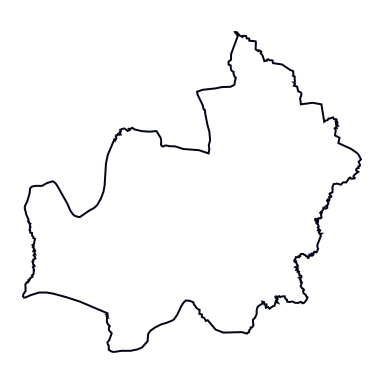 outline of Sakhrai, Nong Khai, Thailand
{"feature_id": "78962969B97466858782755", "entity_name": "Sakhrai", "entity_type": "district", "adm_level": 2, "iso_a3": "THA", "parent_name": "Thailand", "parent_adm1": "Nong Khai", "projection": "robinson", "projection_center": [102.714, 17.678], "detail": "fine", "context": "isolated", "style": "outline", "palette": "ink", "viewbox_px": 384, "rotation_deg": 0, "n_neighbors": 0, "source": "geoboundaries", "source_scale": "gbopen_adm2", "svg_char_len": 5970}
<svg xmlns="http://www.w3.org/2000/svg" viewBox="0 0 384 384"><path d="M246.9,333.6L247.5,332.8L249.1,332.2L249.1,330.5L250.4,329.3L250.6,327.5L251.9,327.5L253.4,325.5L252.9,320.5L253.2,319.4L254.9,318.0L256.7,314.0L256.6,310.9L257.3,307.7L258.5,306.0L262.3,303.7L262.3,301.6L264.1,302.1L264.5,304.6L266.5,304.4L266.6,305.1L265.6,306.8L265.9,307.8L268.3,307.1L269.5,308.7L272.7,306.3L274.5,305.9L275.6,301.9L277.8,302.7L276.2,300.4L277.6,299.6L277.7,299.0L277.1,298.3L275.7,298.1L275.3,297.0L275.8,296.4L278.1,296.8L279.2,296.2L280.1,297.1L281.5,296.5L284.7,296.3L285.1,298.0L286.2,299.6L286.9,299.7L287.2,301.7L289.4,302.0L292.7,301.5L295.0,302.8L298.4,302.9L300.5,301.9L301.7,302.3L302.3,303.3L303.2,303.1L304.4,302.6L306.5,299.8L307.5,297.3L306.3,296.4L305.9,295.1L303.6,293.2L303.1,291.6L303.3,290.4L304.0,289.9L303.3,288.9L301.8,288.0L300.7,286.1L301.9,282.5L300.8,282.2L301.0,280.7L300.0,279.7L300.8,278.2L299.3,277.7L300.3,277.1L301.4,277.2L301.5,276.3L301.0,275.7L299.4,275.3L299.3,273.5L298.5,272.7L298.9,271.8L297.6,271.6L298.1,270.5L297.9,269.9L296.2,269.9L296.5,268.9L297.6,268.0L295.4,267.1L297.9,265.7L296.4,263.3L296.1,261.5L295.0,262.0L294.2,261.1L294.5,259.9L295.1,259.8L295.9,257.1L297.8,257.3L298.4,256.5L299.2,256.9L299.3,255.8L300.3,255.9L300.4,254.5L301.3,253.9L303.2,254.0L304.5,255.0L305.3,255.0L306.2,256.3L307.7,256.4L307.7,257.8L308.2,258.0L308.7,257.7L308.8,256.8L309.6,256.0L309.4,254.8L311.9,255.8L312.2,255.2L311.5,253.6L312.1,253.5L313.4,254.5L313.9,252.0L315.0,251.8L316.1,252.4L316.8,252.0L318.1,248.6L317.5,247.5L317.3,245.1L320.8,236.1L320.3,234.5L321.4,233.7L319.5,233.6L318.8,232.2L319.6,231.2L317.9,230.3L318.2,229.8L319.6,229.8L317.8,227.6L318.7,226.6L318.1,224.7L316.7,223.4L318.0,222.5L318.1,220.3L316.8,220.7L317.0,222.0L316.3,222.0L315.2,220.2L315.2,219.0L315.7,218.8L316.7,219.4L318.9,218.0L320.0,218.5L321.5,217.7L321.0,214.3L321.6,213.2L320.4,213.2L320.2,212.7L323.1,209.9L323.5,207.8L325.8,208.7L327.3,207.8L327.2,206.6L325.9,206.3L328.3,204.1L328.2,202.7L327.0,200.6L327.8,199.5L329.1,200.5L329.5,199.5L329.2,197.1L330.8,197.1L331.3,196.6L331.0,195.7L329.9,195.0L329.5,193.9L330.1,193.2L332.4,192.4L332.7,188.5L332.3,187.7L333.5,184.2L337.0,183.6L340.9,184.7L343.3,182.3L346.2,182.4L349.5,177.7L350.3,177.7L351.2,178.7L354.4,178.5L354.7,177.8L353.7,177.1L353.5,176.2L354.6,174.6L358.3,171.9L356.2,170.5L356.0,169.8L356.7,168.5L358.6,168.0L358.3,166.5L359.7,166.0L360.0,164.9L358.6,161.8L361.0,159.4L358.3,154.3L356.1,152.3L350.7,148.7L338.4,143.1L339.5,137.7L335.0,135.5L335.8,129.9L334.7,128.3L336.0,127.4L336.7,127.7L336.2,124.9L337.7,125.4L337.1,124.2L336.0,123.5L336.0,122.9L337.4,122.5L336.9,121.5L335.9,121.1L336.6,120.4L336.5,119.4L333.9,119.0L333.1,117.4L329.7,118.6L328.5,118.5L327.6,120.1L325.4,120.7L324.2,121.7L321.4,104.3L312.6,102.8L301.0,104.3L300.1,98.5L301.4,94.7L301.3,93.3L300.5,92.2L298.2,91.4L297.1,86.6L293.9,85.8L295.1,83.8L293.8,82.5L294.6,82.5L295.0,80.6L294.6,79.3L294.7,76.6L292.9,75.7L293.4,74.8L293.2,71.2L290.1,69.9L282.1,64.5L273.0,63.1L272.5,60.5L268.9,60.0L268.5,59.4L266.8,59.8L266.8,60.7L264.4,61.1L262.4,55.2L260.6,53.2L261.2,51.6L258.9,50.3L258.3,51.1L255.6,49.3L255.9,42.4L255.5,41.3L249.3,40.7L249.2,38.6L246.8,38.4L246.0,36.0L242.7,35.9L242.5,37.0L239.6,35.4L237.0,32.3L235.9,32.0L235.0,32.1L237.8,35.9L231.1,54.1L231.0,59.7L228.6,61.7L228.5,64.1L228.7,64.7L230.6,65.3L231.0,69.6L232.0,71.0L233.6,71.9L233.5,73.7L234.2,75.6L234.8,77.0L235.8,77.6L234.3,84.9L230.5,86.8L221.5,87.1L216.2,88.3L202.6,89.8L197.1,91.7L197.5,94.5L202.9,105.6L203.7,109.5L204.9,110.0L205.3,114.1L207.5,125.0L209.4,132.0L210.1,140.2L208.8,145.1L209.3,149.3L208.6,153.4L199.1,150.2L183.2,149.0L175.4,146.4L169.4,146.2L165.8,145.4L163.1,146.5L162.0,146.2L161.0,144.7L161.2,141.4L160.8,138.1L156.7,131.4L156.0,131.1L149.4,131.7L141.6,131.1L134.5,129.4L132.4,127.8L130.8,128.6L129.8,129.9L129.2,128.8L128.7,128.8L128.9,129.9L127.7,130.9L124.5,128.5L122.4,128.8L120.2,129.9L120.9,130.7L120.8,131.5L119.8,131.9L120.6,134.5L119.9,134.4L119.2,133.4L118.8,134.6L117.8,134.1L117.3,135.3L116.4,135.1L115.7,136.4L116.3,138.3L115.8,138.8L115.9,139.4L115.5,139.9L114.6,139.5L114.6,140.4L114.1,140.0L107.8,154.8L106.0,163.3L104.6,185.4L103.5,191.7L100.9,198.6L97.3,204.9L94.2,207.9L89.4,210.5L80.1,216.9L78.9,217.1L74.7,215.8L72.7,214.1L70.2,210.3L67.4,203.8L58.0,187.0L55.6,183.3L53.6,181.7L52.7,181.3L46.9,183.1L42.0,185.9L35.2,185.9L32.3,186.5L30.8,187.4L30.0,189.0L29.6,193.3L27.3,201.2L25.0,206.0L24.7,207.9L26.3,214.6L28.6,219.8L28.0,221.1L28.4,221.9L29.1,222.0L29.1,223.0L30.4,223.8L29.8,224.9L30.0,226.5L30.5,227.0L29.9,228.0L30.1,229.0L29.5,229.9L30.2,230.6L30.0,231.8L30.5,232.9L31.9,232.9L32.2,235.8L33.4,237.1L33.4,238.1L35.0,238.8L33.9,244.1L32.6,245.0L33.3,245.4L32.9,246.7L33.7,246.6L33.5,248.0L34.1,249.1L33.7,250.2L34.6,249.7L35.1,250.8L34.2,251.1L34.1,251.7L35.2,254.3L34.4,254.1L33.6,255.4L34.8,256.6L35.3,258.5L33.2,259.8L33.3,261.6L32.5,261.7L33.3,264.8L34.1,265.1L34.6,266.1L32.9,267.0L34.1,269.8L33.7,270.2L34.0,270.5L33.4,274.4L32.0,275.3L32.5,276.8L29.9,278.4L29.7,279.7L28.6,279.9L28.9,281.0L28.4,281.8L27.9,282.3L27.3,281.8L25.4,284.2L25.6,291.1L23.4,294.1L23.0,296.4L23.8,297.5L25.4,297.5L30.8,295.1L39.2,292.5L46.2,292.5L52.6,293.5L66.4,297.2L79.6,301.5L107.5,313.3L107.5,313.9L106.7,314.4L107.5,314.6L107.7,315.4L107.1,315.8L107.6,316.5L106.8,316.9L107.5,317.6L107.0,317.6L106.9,322.2L108.5,325.2L109.1,325.2L109.8,326.1L108.9,327.8L108.9,330.0L111.7,333.3L109.3,340.0L107.4,342.4L107.9,344.4L108.8,345.9L108.8,349.8L111.3,351.4L113.5,352.0L121.7,350.8L130.6,350.8L137.5,349.4L142.1,347.4L147.6,341.2L148.1,334.2L150.3,330.8L154.9,327.6L160.9,324.5L166.6,322.8L172.6,320.4L174.0,319.3L177.1,315.0L181.2,306.3L183.4,302.8L185.8,300.5L189.6,300.8L193.2,302.2L194.2,304.9L195.6,306.3L195.9,307.4L198.6,309.6L199.6,309.8L199.4,313.9L201.9,314.4L201.9,317.0L204.2,318.0L205.9,320.9L207.7,320.2L215.6,329.6L223.4,332.6L241.9,332.1L246.9,333.6Z" fill="none" stroke="#020617" stroke-width="2"/></svg>